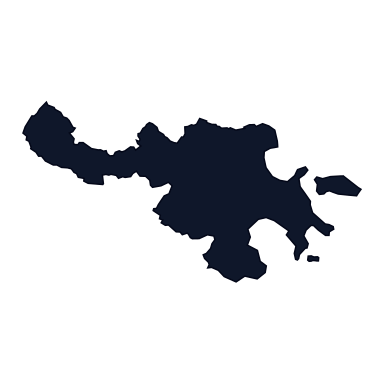 outline of Ceiba, Puerto Rico
{"feature_id": "32010507B71550850987381", "entity_name": "Ceiba", "entity_type": "district", "adm_level": 2, "iso_a3": "PRI", "parent_name": "Puerto Rico", "parent_adm1": "", "projection": "orthographic", "projection_center": [-65.662, 18.248], "detail": "fine", "context": "isolated", "style": "filled", "palette": "ink", "viewbox_px": 384, "rotation_deg": 0, "n_neighbors": 0, "source": "geoboundaries", "source_scale": "gbopen_adm2", "svg_char_len": 3531}
<svg xmlns="http://www.w3.org/2000/svg" viewBox="0 0 384 384"><path d="M46.4,102.1L39.7,109.0L37.1,113.4L34.2,116.0L31.9,115.9L25.2,126.8L23.0,133.1L26.9,136.3L26.2,139.9L28.9,141.2L31.1,147.2L30.7,148.7L36.0,152.2L38.6,156.2L41.5,156.1L45.4,161.0L53.3,165.0L56.9,165.0L61.5,167.4L67.5,167.8L71.4,168.8L74.0,172.4L76.6,173.6L78.3,177.3L84.1,178.4L83.8,181.1L88.1,183.3L102.8,184.5L103.4,183.7L102.4,175.1L105.9,174.4L108.9,175.1L110.9,174.3L116.3,175.4L118.5,178.3L122.7,176.7L125.1,177.4L130.7,176.6L132.8,173.5L136.4,171.2L140.0,176.1L145.6,176.3L148.2,178.7L149.8,180.3L150.5,185.2L152.5,187.3L161.0,185.8L168.4,182.3L172.1,185.8L169.0,193.8L164.2,195.9L158.4,204.5L156.5,208.4L153.7,208.7L153.2,210.6L160.3,215.3L159.5,218.8L162.8,220.0L161.2,222.8L165.3,225.3L168.5,225.0L176.1,231.8L180.1,232.0L182.3,234.7L187.2,233.1L188.5,234.3L190.3,237.6L192.3,238.7L199.1,238.6L207.4,234.8L213.9,236.0L214.9,239.7L212.0,243.7L210.6,248.5L206.4,253.4L203.2,254.8L204.6,258.5L208.4,262.2L209.2,264.6L207.7,267.9L211.6,267.4L218.3,270.3L224.2,276.6L236.1,281.9L243.3,277.1L244.8,276.1L254.1,278.2L257.2,278.9L265.2,272.5L266.3,265.9L263.8,264.0L260.8,261.8L260.2,261.3L257.4,250.4L247.3,245.1L247.5,244.7L248.5,241.9L250.3,237.1L249.9,235.8L247.8,229.2L258.3,219.3L266.2,217.5L266.4,217.6L270.6,219.2L274.3,220.6L288.9,230.9L286.4,234.9L296.0,246.1L294.3,253.4L295.6,259.3L297.4,260.0L298.6,258.6L299.5,254.5L305.3,248.2L307.0,248.0L308.2,243.7L303.8,235.9L306.1,230.1L307.6,228.7L308.3,228.0L310.9,225.5L313.4,225.4L318.0,229.8L318.5,230.2L325.1,235.1L325.5,235.4L329.0,235.4L329.3,231.8L333.7,229.2L333.2,226.6L329.0,224.6L325.2,224.0L312.6,212.8L310.2,204.9L310.4,201.3L305.0,193.5L301.2,188.2L300.1,186.5L298.9,178.5L302.9,175.6L304.2,174.7L307.8,170.1L305.4,166.9L297.6,169.6L297.1,170.5L294.7,175.6L289.8,179.7L287.5,181.7L279.9,180.4L273.4,177.1L272.4,176.6L266.1,167.8L265.6,165.8L263.9,157.8L264.3,151.5L270.2,148.2L274.5,147.5L277.7,146.9L277.6,144.7L277.3,141.1L276.0,135.5L274.8,130.2L274.3,129.8L271.0,127.5L268.9,126.0L262.6,123.7L256.2,126.5L254.3,124.6L252.7,124.7L249.4,124.8L243.9,127.2L244.9,128.4L235.8,130.1L230.3,127.8L228.7,128.8L227.1,127.9L221.5,128.2L219.1,126.4L217.2,126.4L215.8,124.5L211.9,124.4L206.6,122.5L206.7,121.0L199.7,118.5L196.6,124.2L193.9,125.4L191.4,124.8L187.9,126.5L184.8,126.9L185.1,133.7L183.4,137.1L181.6,137.0L177.2,143.2L174.1,142.7L170.2,141.1L167.0,137.7L164.7,136.6L163.5,134.5L158.4,131.4L157.0,127.4L152.5,123.8L149.4,122.6L146.6,124.6L145.5,126.7L142.9,128.5L140.3,133.1L138.1,133.7L138.0,136.0L140.1,139.2L139.2,141.4L136.5,140.3L137.7,143.6L140.8,146.0L135.6,150.1L133.7,147.1L130.5,146.9L124.9,150.9L121.9,151.9L119.2,150.8L115.3,152.3L113.6,155.6L109.8,155.9L107.1,153.6L106.1,150.7L103.4,151.2L100.6,149.8L98.2,149.9L91.5,148.6L83.1,142.6L79.3,142.6L77.9,144.7L74.2,144.5L73.3,142.3L74.1,138.8L69.4,133.0L72.7,131.7L75.2,128.1L72.9,127.3L69.1,120.5L66.8,118.1L63.2,116.9L60.6,112.4L55.1,109.4L54.1,107.5L47.8,105.1L46.4,102.1ZM316.8,177.0L314.5,179.7L317.4,184.3L316.6,191.0L319.3,194.4L323.9,193.9L325.9,191.9L326.2,191.6L329.4,190.8L332.1,191.8L332.7,192.1L337.9,193.9L338.1,194.0L347.8,195.0L356.6,195.8L358.0,193.5L361.0,189.3L358.2,187.6L343.2,175.9L342.9,176.0L341.0,176.0L330.6,176.6L330.1,176.7L325.2,178.0L323.3,178.5L322.7,178.7L316.8,177.0ZM308.2,256.1L307.7,260.1L309.1,261.3L311.3,261.1L312.7,260.5L314.9,260.6L316.8,260.9L318.4,260.9L318.7,257.7L317.6,256.8L313.9,257.0L311.5,256.0L311.3,255.9L308.2,256.1Z" fill="#0f172a" stroke="#020617" stroke-width="1.5"/></svg>